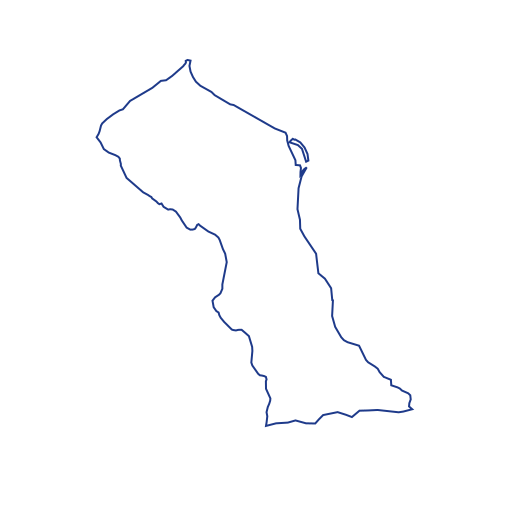 the District of Faro, rotated 244°
{"feature_id": "PRT-745", "entity_name": "Faro", "entity_type": "District", "adm_level": 1, "iso_a3": "PRT", "parent_name": "Portugal", "parent_adm1": "", "projection": "mercator", "projection_center": [-8.165, 37.247], "detail": "fine", "context": "isolated", "style": "outline", "palette": "blue", "viewbox_px": 512, "rotation_deg": 244, "n_neighbors": 0, "source": "natural_earth", "source_scale": "10m", "svg_char_len": 2441}
<svg xmlns="http://www.w3.org/2000/svg" viewBox="0 0 512 512"><g transform="rotate(244 256 256)"><path d="M432.6,164.8L434.8,168.1L436.8,170.2L441.2,173.9L442.6,175.9L444.5,182.0L446.0,189.9L446.7,197.1L446.2,200.7L450.6,210.8L452.6,236.6L455.1,247.3L453.4,252.2L454.6,259.5L458.5,273.8L459.3,275.3L459.8,276.7L460.6,277.8L462.2,278.4L462.2,280.4L460.3,282.8L456.0,279.5L450.4,278.0L444.5,277.8L439.0,278.4L433.4,280.6L422.9,287.9L418.6,289.4L403.6,299.3L401.5,302.1L362.4,328.8L353.9,336.6L350.2,336.5L346.2,334.7L340.7,333.6L324.8,333.4L320.4,331.6L318.2,335.3L315.4,335.0L312.1,332.9L309.6,331.6L312.2,335.6L313.0,337.7L313.4,340.4L307.6,331.9L298.3,324.0L279.9,313.8L269.3,311.4L261.1,307.7L252.4,308.1L231.7,311.0L222.9,307.9L213.1,304.5L205.4,308.0L194.1,309.4L182.9,305.2L182.4,305.7L168.7,298.1L157.6,296.1L145.6,297.0L141.8,298.1L138.4,300.5L130.2,309.3L114.4,309.3L111.3,310.2L104.6,314.4L101.3,316.0L97.4,316.2L91.3,317.9L85.6,323.0L80.5,320.9L75.9,325.6L73.8,327.2L71.1,328.2L65.9,332.6L63.2,333.6L59.3,332.2L56.5,329.3L53.7,327.6L49.8,329.2L51.6,320.2L53.0,315.7L54.2,313.8L64.3,297.8L68.1,288.9L71.6,281.2L69.2,271.6L73.9,267.2L79.9,260.9L83.6,246.6L81.6,240.9L79.5,235.8L83.7,227.6L90.9,219.4L92.3,211.6L96.8,200.7L98.9,190.5L102.0,192.7L107.0,195.9L111.0,197.0L115.1,200.4L117.3,203.0L119.7,205.3L121.7,206.5L132.3,206.8L139.1,210.0L140.5,211.4L143.0,211.9L144.5,210.7L145.9,209.0L147.1,207.2L149.2,206.3L159.2,204.7L162.3,205.1L172.2,211.1L176.0,212.7L187.1,214.5L191.7,212.6L196.0,210.7L197.4,207.7L197.9,205.3L199.5,203.0L200.5,202.0L210.6,198.5L216.0,197.2L218.9,197.1L221.6,197.6L223.9,196.2L228.5,195.5L234.9,197.3L236.8,201.1L237.4,205.8L238.1,207.7L241.3,211.4L245.2,213.3L263.3,227.0L271.6,229.3L276.7,229.3L286.4,230.4L289.1,230.3L293.1,228.6L298.9,223.9L307.9,219.0L309.8,218.3L309.8,216.9L307.8,214.2L307.1,212.8L307.5,210.7L308.5,208.5L311.9,206.1L320.4,204.9L323.8,204.8L331.0,203.5L334.3,201.5L335.7,199.3L336.2,197.4L340.7,194.5L344.6,194.1L344.9,191.9L346.5,191.0L348.6,190.4L353.3,187.9L354.9,187.8L356.4,186.7L358.2,185.7L362.7,182.5L382.9,173.9L396.5,174.1L398.0,174.9L401.6,175.6L403.3,176.3L405.5,175.8L408.3,173.8L413.5,169.0L418.8,166.1L426.2,166.1L432.6,164.8L432.6,164.8ZM318.8,342.4L332.2,344.3L337.3,342.3L343.5,336.0L344.1,337.0L344.5,338.0L345.2,340.4L343.7,341.5L343.5,342.4L338.7,345.6L332.2,347.2L325.1,347.0L318.8,344.9L318.8,342.4Z" fill="none" stroke="#1e3a8a" stroke-width="2"/></g></svg>